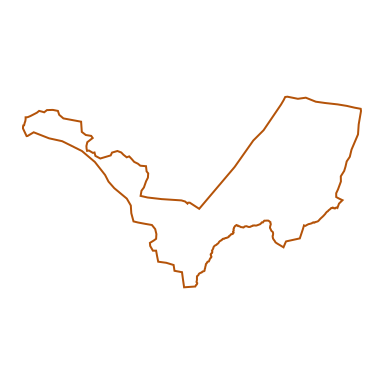 Las Piedras, Canelones, Uruguay
{"feature_id": "84410073B22027512889632", "entity_name": "Las Piedras", "entity_type": "district", "adm_level": 2, "iso_a3": "URY", "parent_name": "Uruguay", "parent_adm1": "Canelones", "projection": "albers", "projection_center": [-56.195, -34.707], "detail": "fine", "context": "isolated", "style": "outline", "palette": "amber", "viewbox_px": 384, "rotation_deg": 0, "n_neighbors": 0, "source": "geoboundaries", "source_scale": "gbopen_adm2", "svg_char_len": 5902}
<svg xmlns="http://www.w3.org/2000/svg" viewBox="0 0 384 384"><path d="M342.5,200.2L338.3,198.2L336.2,197.0L336.2,193.2L338.0,189.4L340.9,181.5L340.8,176.3L344.2,170.9L345.5,166.6L346.7,161.4L349.8,156.8L351.5,149.7L358.0,134.4L358.7,124.4L361.0,111.0L360.7,108.8L354.7,107.7L346.8,105.9L337.7,104.4L325.1,103.0L315.8,101.7L305.8,97.7L297.9,98.8L287.4,96.7L285.2,97.0L283.6,100.2L281.0,104.6L263.6,130.2L253.3,140.5L234.7,166.9L199.2,208.8L189.8,202.7L188.1,202.7L187.5,203.6L185.1,201.5L181.4,200.4L161.6,199.1L147.6,197.5L140.6,195.9L141.5,190.7L143.9,187.5L146.1,181.2L147.9,177.7L148.2,173.4L146.6,171.4L146.0,166.2L140.3,165.7L137.9,163.7L134.2,161.9L131.5,158.8L129.2,156.4L126.7,157.3L123.4,154.7L121.3,152.5L117.4,151.0L112.0,152.6L110.7,155.4L100.3,158.5L95.4,155.9L94.5,152.5L92.9,152.9L88.9,150.5L87.1,150.9L86.6,148.8L86.4,146.1L87.3,142.2L92.7,138.0L91.2,135.9L85.8,135.0L81.8,131.9L81.1,121.7L63.4,118.4L59.2,114.8L57.9,110.9L52.8,109.9L46.9,110.1L44.2,112.3L41.9,111.6L39.1,110.9L36.9,112.7L34.2,114.1L30.3,116.1L27.6,117.2L25.6,117.3L25.6,119.2L25.3,121.1L24.7,122.8L24.1,125.3L23.3,125.4L23.0,126.8L23.0,128.5L23.8,130.2L26.6,136.1L27.5,136.0L33.7,132.3L49.0,138.3L62.2,141.2L81.9,151.0L94.9,162.0L105.1,175.0L108.5,181.6L114.3,188.2L126.8,198.6L130.8,205.5L131.3,213.2L133.5,221.4L138.0,222.5L144.9,223.8L151.9,225.0L155.2,229.1L156.4,234.1L156.1,238.8L154.1,240.3L149.9,242.9L150.2,246.0L152.9,250.7L156.1,250.7L157.1,256.2L158.2,261.7L166.3,262.8L173.6,265.0L174.5,270.8L182.0,272.2L182.8,278.2L184.1,287.3L195.3,286.5L195.7,285.7L196.0,285.1L196.4,284.9L196.8,284.4L197.0,284.0L197.2,283.6L197.2,283.3L197.2,283.0L196.7,282.5L196.6,282.2L196.5,281.9L196.8,281.0L196.9,279.8L197.0,279.1L196.9,278.4L197.0,277.9L196.9,277.1L197.0,276.4L197.2,276.0L197.6,275.8L198.0,275.5L198.4,275.1L198.5,274.7L198.8,274.0L199.1,273.8L199.3,273.5L200.0,273.2L200.3,272.9L201.6,272.5L202.0,272.2L202.1,271.9L202.5,271.6L202.9,271.4L203.3,271.4L203.7,271.3L204.1,271.1L204.5,270.8L204.6,270.4L204.6,270.1L204.7,269.6L204.7,269.3L204.8,268.9L205.0,268.6L205.1,268.2L205.2,267.6L205.3,266.9L205.4,266.6L205.5,266.1L205.7,265.6L205.8,265.3L205.8,264.5L206.0,263.9L206.3,263.6L206.7,263.4L206.8,263.2L206.9,262.7L207.0,262.5L207.1,262.3L207.9,261.6L208.0,261.6L208.5,261.6L208.8,261.5L209.2,260.7L209.4,260.2L209.7,259.4L209.9,258.9L210.1,258.6L210.2,258.4L210.5,258.2L210.8,257.6L211.2,257.4L211.3,257.1L211.4,256.8L211.4,256.6L211.1,256.3L211.0,255.7L211.1,255.4L211.0,255.1L210.7,254.8L210.7,254.6L210.7,254.3L210.8,254.2L211.0,254.0L211.2,253.5L211.5,253.3L212.0,253.0L212.1,252.7L212.1,252.2L212.3,252.0L212.3,251.8L212.3,251.6L212.2,251.3L212.1,250.9L212.0,250.6L212.2,250.2L212.5,249.9L212.7,249.6L212.8,249.3L213.2,248.5L213.3,248.1L213.4,247.9L213.4,247.6L213.5,247.3L213.6,247.2L213.7,246.9L214.3,246.1L214.7,245.8L214.9,245.6L215.8,245.1L216.1,245.0L216.6,244.7L216.8,244.4L217.2,244.0L217.5,243.8L217.7,243.7L218.0,243.5L218.3,243.2L218.6,242.8L219.1,241.9L219.5,241.5L219.8,241.2L220.6,240.7L221.4,240.3L221.6,239.9L222.3,239.6L222.5,239.3L222.6,239.0L222.8,238.9L223.3,238.7L223.5,238.7L223.8,238.8L224.0,238.7L224.5,238.7L224.9,238.3L225.2,238.1L225.4,238.0L225.6,238.0L226.1,238.0L226.9,237.8L227.2,237.5L227.4,237.5L227.7,237.4L227.9,237.3L228.3,237.2L228.7,236.8L228.7,236.6L228.8,236.4L229.1,236.3L229.1,236.1L229.4,235.9L230.3,235.3L230.4,235.0L230.6,234.9L231.0,234.4L231.3,234.1L231.7,234.1L231.9,234.0L232.2,233.8L232.7,233.7L232.8,233.8L233.0,233.6L233.3,233.3L233.3,233.2L233.2,232.6L233.2,232.4L233.4,232.3L233.1,231.9L233.2,231.7L233.1,231.4L233.6,230.9L233.7,230.7L233.7,230.4L233.6,230.0L233.5,229.4L233.5,229.1L233.6,228.9L233.8,228.8L233.9,228.6L233.9,228.2L234.0,227.6L234.7,226.6L235.1,226.0L235.3,226.0L236.3,225.1L236.6,225.0L236.8,225.1L237.1,225.3L237.3,225.6L237.7,225.6L237.7,225.8L237.9,226.0L238.1,226.1L239.1,226.1L239.3,226.2L239.8,226.4L240.1,226.7L240.6,226.9L240.9,227.1L241.5,227.1L241.9,227.1L242.3,227.3L242.6,227.3L243.1,227.4L243.4,227.5L243.7,227.4L244.1,227.0L244.3,226.7L245.0,226.4L245.3,226.4L245.6,226.3L246.5,226.2L246.8,226.3L247.3,226.5L247.8,226.7L248.9,227.0L249.9,226.9L250.3,226.8L250.3,226.7L250.5,226.6L250.9,226.5L251.4,226.2L251.8,226.1L252.2,226.0L252.6,225.9L252.8,225.7L253.0,225.5L253.3,225.6L254.1,225.4L254.4,225.4L255.1,225.6L255.5,225.5L256.5,225.5L257.1,225.3L258.2,224.9L258.8,224.7L259.7,224.3L260.1,224.2L260.4,223.9L261.0,223.4L261.3,223.0L261.7,222.5L262.0,222.3L262.3,222.4L262.8,222.5L263.0,222.3L263.6,221.5L263.9,221.1L264.3,220.7L265.6,220.7L266.3,220.6L268.1,220.6L268.5,220.7L268.9,221.0L269.8,221.7L270.4,222.2L270.3,222.5L270.4,222.8L270.5,223.3L270.7,223.7L270.8,224.1L270.7,224.6L270.6,225.0L270.4,225.4L270.2,226.2L270.1,226.8L270.0,227.3L270.0,227.9L270.7,229.3L271.3,230.7L271.7,231.1L272.7,231.9L272.9,232.3L273.1,233.2L273.1,233.5L273.1,234.2L273.0,234.9L272.9,235.2L272.9,235.5L272.7,235.7L272.6,236.1L272.7,236.4L272.7,237.1L272.9,237.7L272.9,238.0L273.0,238.4L273.1,238.5L273.2,238.8L273.4,239.2L274.2,240.3L274.8,241.1L275.4,242.2L275.7,242.5L277.3,243.6L283.5,247.3L283.7,246.8L285.6,242.3L286.1,241.4L299.8,238.4L302.9,229.1L304.0,225.4L304.6,225.7L305.2,225.9L305.7,225.7L307.0,224.9L308.6,224.1L309.3,224.0L311.8,223.3L312.3,222.8L312.9,222.5L313.4,222.4L313.5,222.7L313.9,222.7L314.4,222.7L314.8,222.5L315.1,222.1L315.4,222.0L316.5,221.8L317.9,221.3L318.5,220.8L320.3,218.8L321.7,217.5L322.4,216.9L323.2,216.1L323.8,215.5L324.5,214.7L325.2,214.0L325.6,213.3L326.8,211.9L327.2,211.6L327.8,211.3L328.6,210.3L329.4,209.7L330.2,209.1L330.7,208.5L331.3,208.0L331.8,208.1L332.2,207.9L332.4,207.7L332.7,207.6L333.1,208.1L333.4,208.2L333.6,208.2L333.9,208.1L334.0,208.0L334.6,208.4L334.9,208.5L335.0,208.4L335.3,208.2L335.6,208.1L335.7,207.8L336.0,207.7L336.2,207.8L336.4,207.7L336.8,207.4L337.1,207.4L337.3,207.5L337.5,207.7L339.0,203.6L342.5,200.2Z" fill="none" stroke="#b45309" stroke-width="2"/></svg>